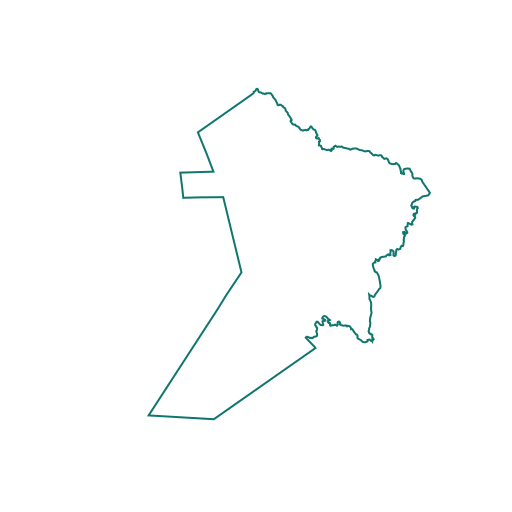 the district of Kinango, Coast, Kenya, rotated 325°
{"feature_id": "3690345B23512246754033", "entity_name": "Kinango", "entity_type": "district", "adm_level": 2, "iso_a3": "KEN", "parent_name": "Kenya", "parent_adm1": "Coast", "projection": "robinson", "projection_center": [39.255, -3.945], "detail": "fine", "context": "isolated", "style": "outline", "palette": "teal", "viewbox_px": 512, "rotation_deg": 325, "n_neighbors": 0, "source": "geoboundaries", "source_scale": "gbopen_adm2", "svg_char_len": 6165}
<svg xmlns="http://www.w3.org/2000/svg" viewBox="0 0 512 512"><g transform="rotate(325 256 256)"><path d="M431.9,272.6L431.3,272.3L430.8,271.5L430.3,271.2L427.4,269.8L425.7,270.5L425.0,271.7L424.3,272.5L424.7,273.0L424.7,273.3L424.3,273.8L423.9,273.6L423.8,273.2L424.0,272.5L422.5,272.0L422.3,271.4L422.4,271.0L423.1,270.2L423.6,268.6L424.4,267.5L424.4,266.4L424.7,265.6L425.1,263.8L424.4,260.8L424.0,260.1L422.6,260.4L420.5,259.0L419.9,258.5L418.8,256.9L418.5,255.7L419.2,253.7L419.4,252.2L418.6,250.6L417.1,250.2L416.7,249.9L416.6,248.4L416.1,247.6L416.5,246.0L416.1,245.1L415.2,244.4L413.9,244.1L411.8,241.5L410.4,241.3L409.8,240.5L409.4,237.8L409.0,236.9L409.1,235.5L408.8,234.9L407.5,233.8L405.3,232.9L403.1,229.8L401.8,228.8L400.1,225.8L399.3,225.0L397.0,223.6L394.2,223.0L393.7,221.7L389.4,217.0L389.2,215.8L388.9,215.4L387.6,214.9L386.4,213.7L385.1,213.2L384.8,212.7L384.4,211.3L382.3,211.1L381.2,212.6L380.6,212.5L380.0,211.7L379.4,211.4L378.9,211.8L378.6,212.9L377.9,213.1L377.5,212.8L377.1,211.6L376.3,210.4L375.0,210.1L372.9,207.2L371.6,206.6L371.5,206.3L372.0,205.6L372.0,204.2L372.4,202.9L371.0,201.5L372.7,199.5L372.9,198.7L373.2,198.4L374.3,198.6L374.9,197.5L374.8,196.1L375.0,195.4L374.9,195.1L374.1,195.2L373.3,194.8L372.9,193.5L373.6,192.8L375.3,192.6L375.6,192.3L375.8,191.9L375.7,190.6L375.9,190.0L375.9,189.6L376.7,187.2L376.5,186.4L375.8,185.4L375.5,184.1L375.6,182.1L375.3,181.3L374.8,181.3L372.5,182.3L371.8,182.1L371.2,182.6L370.5,182.6L369.8,182.0L369.2,181.9L369.0,181.3L368.5,180.8L366.3,180.1L365.0,178.2L364.8,176.3L365.1,175.7L364.8,174.4L364.4,173.9L363.6,172.5L363.3,171.7L363.5,171.0L362.0,169.8L361.5,168.3L361.5,167.4L361.7,166.6L361.5,165.8L361.6,165.4L362.1,165.0L362.6,165.3L363.0,165.3L363.2,165.1L363.4,164.2L363.6,160.8L363.4,158.7L364.1,156.9L363.7,154.0L364.2,153.0L364.5,151.5L363.7,149.7L364.0,149.1L363.9,148.7L363.3,147.6L363.2,146.8L362.9,146.2L362.1,145.6L361.7,145.8L361.1,145.5L360.4,144.8L360.4,144.1L360.8,143.6L361.1,141.0L361.3,140.7L361.5,139.8L361.1,135.7L361.5,134.9L361.4,133.8L361.5,131.7L361.0,130.7L360.4,130.5L359.8,129.9L358.2,129.1L357.8,128.6L357.0,128.8L356.0,128.2L355.5,127.3L354.5,126.7L354.3,126.0L353.6,124.6L352.8,124.0L352.4,123.3L352.6,122.0L353.1,121.0L353.1,120.2L352.8,119.6L351.8,119.5L350.4,120.4L348.9,120.4L348.4,120.2L348.2,120.7L347.2,121.2L345.1,121.3L279.3,121.4L274.3,143.5L269.5,162.5L241.8,144.3L234.9,157.4L229.8,166.6L243.1,175.4L262.9,189.0L234.7,261.1L209.2,271.0L194.4,277.4L76.6,325.0L127.8,365.5L251.9,365.5L251.8,363.5L249.9,351.4L250.5,351.2L251.4,351.3L252.7,353.0L253.3,354.4L253.9,354.4L254.8,355.1L254.8,355.5L255.4,355.7L257.2,355.4L258.5,356.1L259.7,356.5L260.5,356.1L261.4,354.7L262.1,352.5L262.5,351.9L263.2,351.7L263.7,351.4L264.8,349.9L264.6,348.9L264.9,348.6L265.0,347.8L264.8,346.6L265.4,345.8L266.3,345.2L267.4,345.1L267.9,344.6L268.5,344.9L268.7,345.1L268.9,346.0L269.0,347.9L269.4,349.6L270.3,350.5L271.0,351.0L271.5,351.0L273.0,347.6L274.6,347.9L274.9,348.1L275.1,348.6L275.8,348.5L275.9,347.9L275.6,347.1L274.5,345.3L274.8,345.2L274.8,344.9L275.0,344.6L276.0,344.2L276.9,344.2L277.5,344.4L278.6,345.6L279.0,347.8L278.9,349.1L279.7,350.1L279.8,350.8L278.1,350.5L277.6,350.5L277.1,350.9L277.2,351.1L277.1,352.5L277.3,352.6L277.6,352.5L278.1,353.6L277.1,354.9L276.9,355.6L277.1,356.0L278.7,356.3L279.3,357.0L281.1,357.7L281.4,357.6L282.3,359.1L282.3,359.5L282.6,359.6L283.8,359.0L284.4,357.5L285.0,357.1L285.3,357.0L286.3,357.2L286.6,357.8L286.5,359.3L286.1,360.0L285.7,360.0L285.5,360.3L285.9,361.3L287.8,363.4L289.8,364.3L290.0,365.0L289.9,365.3L290.0,365.6L290.2,365.9L291.2,365.8L292.5,367.4L292.5,369.3L291.9,370.5L292.6,370.8L293.0,371.4L292.8,373.2L292.9,376.9L292.9,377.5L293.5,378.2L293.6,379.0L293.0,380.3L292.4,380.7L292.1,382.0L293.6,385.0L294.0,387.2L294.5,388.1L295.8,389.2L298.2,389.9L298.8,389.5L299.3,388.7L300.9,389.5L301.2,389.7L301.3,390.8L301.6,391.5L302.3,391.8L302.3,392.5L303.4,391.1L303.5,392.0L304.6,391.7L304.7,391.4L304.2,390.8L304.8,389.9L304.7,389.2L304.9,388.7L305.9,387.6L305.9,386.7L305.1,386.0L304.9,385.6L305.2,385.2L304.7,384.7L304.5,383.8L305.0,383.1L305.0,382.3L305.7,381.8L307.2,380.2L309.0,379.1L309.9,377.9L310.3,377.7L311.5,376.0L311.8,374.9L313.7,372.5L318.1,368.8L319.6,365.7L323.0,361.2L323.8,359.3L324.3,356.2L325.8,354.1L326.6,352.5L326.9,354.0L327.8,355.0L328.0,356.0L328.8,356.9L329.2,357.0L330.1,356.8L330.9,356.2L331.8,355.8L336.0,354.5L337.6,353.7L339.4,353.5L340.6,352.4L343.2,347.1L345.1,342.6L345.4,341.1L345.5,338.5L344.7,337.9L344.6,337.6L344.7,336.9L344.5,336.4L345.0,335.7L345.1,334.2L345.8,331.9L346.2,331.4L346.4,330.4L347.2,329.4L348.6,329.2L350.1,329.7L350.5,328.7L351.9,328.1L352.3,327.5L353.1,328.8L352.9,329.5L353.0,330.0L353.7,330.4L354.3,330.3L354.4,329.5L354.8,329.3L355.4,329.2L356.1,329.4L356.3,329.3L356.3,328.8L357.0,328.6L358.6,329.0L361.8,330.7L362.2,330.8L363.1,330.4L365.2,330.4L365.4,330.7L365.4,331.8L366.7,332.3L367.6,330.7L368.5,329.9L369.5,328.4L370.4,328.9L371.1,330.0L371.3,331.2L369.0,334.3L369.4,335.5L370.3,335.7L371.2,335.3L371.8,334.2L373.6,332.5L374.7,331.3L375.7,331.3L376.4,332.4L378.2,332.9L380.1,331.4L381.2,331.1L382.1,332.1L383.3,331.3L384.3,329.8L385.7,328.9L386.0,327.6L387.2,326.6L387.8,325.7L388.6,325.1L389.8,324.8L390.0,324.0L389.4,322.4L390.1,320.8L391.3,321.2L391.5,322.8L392.0,323.8L393.2,323.8L393.7,322.6L393.6,321.3L393.9,319.9L394.4,318.8L395.2,318.1L397.2,318.5L399.2,316.1L399.5,316.1L401.3,319.5L402.3,319.8L402.8,318.6L403.6,317.5L406.6,316.8L408.6,315.8L408.7,315.5L408.3,314.2L408.5,312.6L408.8,312.3L409.5,312.1L409.8,313.0L410.2,313.5L410.7,313.1L411.1,312.5L411.6,312.8L412.7,312.9L414.2,310.6L415.1,309.8L415.8,309.7L416.3,308.8L416.3,308.4L415.9,307.9L414.2,306.4L413.5,306.4L413.2,307.3L412.6,307.7L412.0,307.4L411.6,306.5L412.1,304.7L412.0,303.9L414.7,302.0L416.6,301.8L417.2,302.2L418.1,302.3L418.9,301.6L420.8,302.8L422.5,302.9L426.8,302.8L431.8,305.1L432.5,305.0L434.7,304.0L434.8,290.8L434.9,290.1L435.4,289.0L435.4,288.4L435.0,287.4L434.2,286.2L432.5,284.7L430.2,283.5L429.6,282.7L429.8,280.7L430.2,279.7L431.0,278.9L431.3,278.0L431.5,276.8L431.4,275.5L431.9,272.6Z" fill="none" stroke="#0f766e" stroke-width="2"/></g></svg>